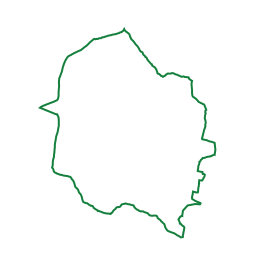 the district of Mbarali, Mbeya, United Republic of Tanzania, rotated 282°
{"feature_id": "72390352B36245556910711", "entity_name": "Mbarali", "entity_type": "district", "adm_level": 2, "iso_a3": "TZA", "parent_name": "United Republic of Tanzania", "parent_adm1": "Mbeya", "projection": "orthographic", "projection_center": [34.247, -8.278], "detail": "fine", "context": "isolated", "style": "outline", "palette": "green", "viewbox_px": 256, "rotation_deg": 282, "n_neighbors": 0, "source": "geoboundaries", "source_scale": "gbopen_adm2", "svg_char_len": 5733}
<svg xmlns="http://www.w3.org/2000/svg" viewBox="0 0 256 256"><g transform="rotate(282 128 128)"><path d="M129.5,37.7L126.5,54.6L126.6,55.2L126.3,55.7L126.5,55.9L126.1,56.2L125.9,56.5L123.8,57.9L123.1,58.2L122.6,58.2L122.1,58.4L119.5,59.1L118.0,59.3L116.4,59.8L109.9,60.0L109.0,60.0L104.9,59.5L101.8,59.7L97.9,59.8L95.9,60.0L93.2,60.6L92.1,60.5L90.5,60.9L89.3,60.9L88.9,61.1L87.2,61.1L84.6,61.5L83.7,61.6L82.8,61.4L80.0,61.4L77.5,61.8L76.5,62.1L73.5,62.0L73.4,62.2L73.2,62.3L72.9,62.9L72.1,63.5L70.1,64.5L69.4,65.5L69.1,66.2L69.0,67.3L68.6,68.2L68.4,70.3L68.2,71.0L68.1,71.4L68.4,73.0L68.2,73.6L68.1,74.8L68.4,79.3L68.2,80.2L68.2,81.7L67.8,82.3L66.2,83.8L65.3,85.1L63.9,86.3L61.8,87.5L60.2,88.3L59.1,89.0L58.6,90.2L57.2,92.0L55.7,92.9L54.9,93.4L54.4,93.9L53.3,95.5L50.9,97.2L49.2,97.9L46.8,99.2L46.4,99.6L46.2,100.0L46.0,101.3L45.8,102.4L45.9,103.5L45.8,104.1L45.0,105.4L44.2,107.9L44.4,108.9L44.4,109.4L43.9,110.1L42.7,111.1L41.8,113.1L41.4,114.7L41.2,115.1L40.6,115.6L40.5,115.9L40.8,116.5L40.8,116.8L40.5,118.3L40.4,119.6L40.1,120.7L39.9,122.2L40.0,125.2L40.1,126.2L40.3,126.7L40.2,128.6L40.3,128.9L40.9,129.0L41.3,129.2L41.6,129.8L42.0,130.2L43.0,130.4L44.8,131.3L45.2,131.7L46.4,132.6L46.8,132.8L47.5,133.0L48.1,133.5L48.4,134.0L48.5,134.8L49.0,136.0L49.6,136.8L51.3,137.4L52.1,138.0L53.4,140.9L53.7,141.2L53.5,143.3L53.5,144.1L53.7,145.3L53.5,146.3L53.5,147.0L53.4,147.2L53.5,149.3L53.3,149.7L52.5,150.3L52.3,150.3L52.0,150.7L51.4,151.3L50.2,153.3L50.0,154.1L50.0,154.6L49.8,155.0L49.4,155.5L49.4,156.2L49.0,157.3L49.3,158.1L49.3,158.9L49.6,159.9L49.1,161.6L49.1,162.1L48.9,163.3L48.8,164.5L48.6,165.2L47.6,166.5L47.1,167.3L47.1,169.7L47.6,171.1L48.0,172.7L48.1,173.6L47.9,174.2L47.7,174.8L46.1,175.8L45.8,176.2L45.3,177.4L44.6,178.9L43.4,180.1L43.1,181.0L42.4,181.9L41.6,183.4L41.3,183.7L40.0,184.3L39.6,184.5L38.4,185.3L36.2,187.4L35.9,188.0L35.4,189.1L35.4,189.9L35.1,191.1L34.9,192.9L34.7,194.2L34.7,194.9L33.8,197.3L33.2,198.7L32.8,200.5L32.0,202.4L32.7,204.3L34.7,204.0L36.6,204.1L37.4,204.0L37.4,203.9L39.8,204.0L40.4,203.9L41.7,203.9L42.8,203.6L43.1,203.2L43.3,202.7L44.4,200.5L45.2,199.6L45.1,199.4L45.2,198.6L46.1,198.4L46.8,198.0L48.5,196.8L49.0,196.4L49.3,196.4L50.1,196.8L50.4,196.8L50.8,197.0L51.1,197.2L51.9,197.5L52.2,197.9L52.9,198.3L53.1,198.5L53.2,199.4L54.1,199.2L57.9,199.0L58.7,199.0L64.6,202.4L67.6,209.5L68.3,214.3L68.9,214.5L69.5,214.6L69.8,213.9L70.2,211.0L70.9,208.3L72.0,205.5L72.3,205.3L73.8,205.0L76.3,205.0L76.9,205.1L77.7,204.9L79.3,204.8L79.2,205.9L79.3,206.3L79.3,207.1L79.1,207.9L79.5,209.7L81.0,209.7L82.6,209.4L84.7,209.2L85.9,209.3L87.7,209.1L88.4,209.1L88.4,208.9L89.7,208.7L91.8,208.6L91.9,211.2L92.5,211.4L92.8,211.7L93.6,212.1L94.6,212.2L96.0,212.8L98.1,212.9L98.6,212.4L98.7,211.9L98.6,211.0L98.9,211.0L99.1,210.4L100.4,210.0L100.3,208.5L100.4,205.2L100.5,205.2L101.5,205.0L103.5,205.0L105.7,204.7L107.1,205.1L108.9,205.1L109.6,204.8L109.8,205.0L110.5,205.6L110.9,205.6L112.0,206.0L113.3,207.0L114.3,207.4L114.3,207.9L114.7,209.1L115.9,210.9L116.6,212.3L116.8,213.0L117.0,213.4L117.2,214.2L117.6,214.5L117.7,215.1L118.3,215.9L118.7,216.2L119.2,216.9L120.0,218.0L119.9,218.3L124.9,218.0L131.5,215.8L131.9,212.8L131.8,211.6L132.1,208.8L132.4,208.1L132.4,203.8L132.5,202.8L132.8,202.6L141.9,202.9L145.8,203.4L146.4,203.0L149.5,202.9L151.6,202.1L153.2,201.2L154.8,200.9L157.5,200.8L158.3,200.7L158.5,200.9L159.5,200.3L161.1,200.1L162.0,200.8L166.7,197.7L168.2,191.8L168.4,191.4L169.3,190.4L170.5,188.7L171.3,187.0L172.0,185.3L172.3,184.8L172.7,184.5L172.9,184.3L173.9,184.0L174.6,183.6L175.0,183.6L175.7,183.3L176.2,183.3L177.0,183.0L177.7,183.0L184.1,181.0L186.7,180.8L187.4,180.9L187.8,179.7L188.5,178.3L188.6,177.9L188.9,177.5L189.2,177.3L190.0,176.9L190.2,176.2L189.9,175.4L189.9,173.9L189.7,173.0L190.0,171.7L189.3,169.9L189.3,169.2L189.7,167.9L190.0,166.1L190.3,165.3L190.4,163.0L190.9,161.4L191.0,160.3L190.9,159.7L190.3,158.9L190.1,158.4L189.8,157.4L189.7,156.2L189.5,155.5L188.9,155.0L188.6,154.5L188.4,154.3L187.1,153.7L186.9,153.1L186.2,152.6L186.0,152.3L185.5,151.8L185.3,151.5L185.4,151.3L185.8,150.5L185.8,149.6L186.1,149.2L186.6,148.7L186.8,148.0L187.3,147.4L187.4,145.9L187.8,145.3L188.8,145.0L190.2,144.0L191.2,143.5L191.7,142.8L192.3,142.4L193.0,141.4L194.0,138.8L194.2,138.6L195.3,138.1L195.4,137.5L195.7,136.9L196.2,136.3L196.8,135.5L197.4,134.8L197.9,133.9L198.4,133.5L199.1,132.6L199.9,132.0L200.4,131.8L200.8,131.3L201.1,130.2L201.3,130.0L202.0,129.5L202.7,128.2L203.3,127.4L204.8,126.6L205.2,126.0L205.3,124.9L206.1,123.7L207.3,122.7L207.8,122.4L209.8,120.5L211.5,118.0L213.7,115.6L214.7,114.2L215.3,113.2L215.9,112.4L216.6,112.1L217.0,111.5L218.1,111.1L218.5,110.6L219.5,110.2L220.0,109.8L220.2,109.6L221.0,108.0L221.1,107.9L222.0,105.8L223.1,104.4L224.0,103.7L222.2,103.2L221.8,102.9L221.5,102.6L221.2,102.2L220.6,101.9L220.3,101.6L220.2,101.1L219.8,100.3L219.0,99.6L218.6,98.7L218.2,97.9L217.4,96.8L217.1,95.8L216.6,94.8L215.9,93.0L215.5,92.6L215.0,91.4L214.3,89.7L213.8,88.7L213.2,88.0L212.9,87.0L212.1,86.1L211.6,85.0L211.4,84.0L210.3,83.0L209.8,81.2L209.0,80.2L208.7,79.7L208.7,78.9L208.1,77.8L208.0,77.5L208.2,76.9L208.1,76.4L207.4,75.7L203.8,72.9L200.1,70.6L197.4,68.1L196.5,67.5L195.2,66.3L194.7,66.1L193.6,64.5L192.8,63.4L192.3,62.7L190.8,60.8L190.2,59.8L189.4,59.1L188.3,57.7L187.8,57.3L186.0,55.0L185.1,54.3L183.8,53.7L181.5,52.9L178.1,52.1L173.6,51.6L169.8,51.6L161.8,50.4L160.6,50.7L160.1,50.6L159.1,50.8L155.9,51.5L155.5,51.7L153.4,52.1L152.6,52.2L152.6,52.3L152.6,52.2L152.1,52.2L149.7,52.5L147.8,52.8L145.9,53.3L145.2,53.4L142.2,53.5L141.4,53.2L140.9,53.1L140.3,52.6L138.4,50.1L136.7,47.5L136.3,46.7L135.5,45.7L134.0,43.2L133.2,42.3L133.0,41.7L132.6,41.3L132.1,40.4L130.6,38.6L129.5,37.7Z" fill="none" stroke="#15803d" stroke-width="2"/></g></svg>